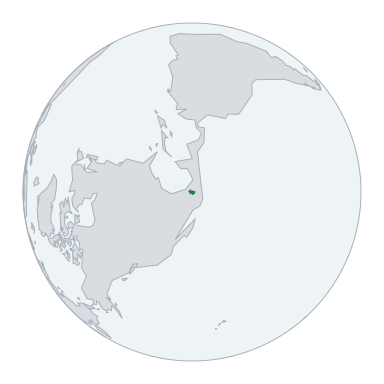 Querétaro on an orthographic globe, rotated 247°
{"feature_id": "MEX-2733", "entity_name": "Querétaro", "entity_type": "State", "adm_level": 1, "iso_a3": "MEX", "parent_name": "Mexico", "parent_adm1": "", "projection": "orthographic", "projection_center": [-99.752, 20.792], "detail": "fine", "context": "on_globe", "style": "filled", "palette": "green", "viewbox_px": 384, "rotation_deg": 247, "n_neighbors": 0, "source": "natural_earth", "source_scale": "10m", "svg_char_len": 9670}
<svg xmlns="http://www.w3.org/2000/svg" viewBox="0 0 384 384"><g transform="rotate(247 192 192)"><circle cx="192" cy="192" r="169" fill="#eef3f6" stroke="#a8b0b8"/><path d="M32.0,245.5L32.4,246.7L32.0,245.5ZM253.5,224.3L249.6,223.1L246.2,228.5L232.5,222.1L226.9,212.7L181.5,199.2L176.1,194.2L175.0,185.8L154.8,158.0L165.9,184.2L159.0,179.1L152.5,169.7L155.1,167.5L149.3,153.8L142.5,148.4L138.3,131.4L144.5,110.5L147.4,113.9L148.5,109.0L145.0,104.6L142.4,103.1L141.7,84.0L131.5,73.8L123.8,75.3L129.0,71.7L111.3,78.5L102.8,78.3L115.2,75.7L118.6,73.5L114.3,71.6L116.9,68.9L116.3,66.7L119.7,63.9L126.7,63.2L129.0,61.5L125.8,60.3L127.3,57.2L131.6,59.0L134.6,53.8L146.8,52.8L155.6,61.9L165.2,60.7L181.7,69.0L183.0,66.5L190.1,68.7L194.2,66.8L196.1,69.4L197.8,65.8L195.3,63.9L195.2,61.8L197.4,60.7L200.2,63.5L199.5,64.5L201.5,64.8L201.9,66.8L202.9,65.2L206.1,69.1L206.3,63.7L211.5,65.6L212.7,68.6L208.2,70.2L199.9,83.0L199.7,87.5L203.9,91.7L221.0,95.1L222.6,99.6L227.9,104.2L229.1,100.6L225.3,95.7L228.7,90.6L223.7,85.8L224.4,83.3L221.0,78.0L226.2,76.9L233.1,78.9L236.2,83.3L239.3,84.5L240.2,79.0L249.6,86.7L262.2,91.2L264.1,93.7L261.1,100.1L251.4,102.6L247.4,112.8L254.8,104.6L259.5,111.8L262.3,112.5L264.8,111.4L264.9,108.1L267.5,110.5L261.2,119.1L258.7,117.0L260.7,114.2L256.2,115.7L252.0,122.4L254.7,126.0L245.5,133.7L247.3,136.6L246.3,140.2L244.0,135.0L248.0,144.7L237.5,158.2L242.7,175.9L232.5,163.1L225.7,162.4L217.8,163.7L218.5,166.6L207.1,165.5L198.2,172.6L197.1,187.1L202.7,197.7L215.2,197.0L218.0,190.6L226.6,188.4L222.5,205.4L237.9,205.9L237.5,218.2L242.3,223.8L249.5,221.1L257.0,222.9L261.7,215.0L269.5,209.7L270.5,219.4L274.1,209.6L278.9,213.3L293.9,209.1L293.0,211.7L305.8,219.5L318.1,220.1L320.9,225.9L319.6,230.7L323.5,230.3L323.6,233.0L337.8,230.1L343.8,232.7L342.8,242.1L336.1,255.9L326.1,279.8L312.9,291.9L307.0,301.0L292.2,315.6L284.6,317.5L284.1,321.9L277.6,326.4L272.0,328.1L268.7,331.8L264.4,333.0L265.7,334.4L255.5,340.2L254.7,342.9L246.5,347.0L246.1,348.3L244.1,348.6L241.3,349.7L240.0,350.6L235.4,350.2L237.6,346.8L241.9,344.3L239.4,344.4L248.7,337.9L244.8,339.7L251.4,330.3L259.6,321.3L270.5,294.5L268.4,289.5L257.8,285.1L245.3,265.4L249.7,255.6L246.5,251.7L256.9,236.6L253.5,224.3ZM59.6,172.6L60.4,168.7L61.5,171.6L59.6,172.6ZM59.9,166.0L59.8,167.4L59.7,166.1L59.9,166.0ZM59.2,164.9L59.7,165.7L58.9,165.1L59.2,164.9ZM58.0,163.9L58.7,164.3L58.0,163.9ZM242.9,182.1L260.4,188.0L251.5,190.7L253.0,188.8L248.4,185.9L240.1,183.9L232.0,186.9L242.9,182.1ZM56.6,161.2L56.3,160.4L57.1,160.4L56.6,161.2ZM248.4,171.1L245.5,170.9L248.2,170.3L248.4,171.1ZM140.8,102.9L144.7,104.9L146.9,110.0L143.4,108.6L140.8,102.9ZM137.0,94.0L139.5,93.8L138.0,98.6L137.0,97.2L137.0,94.0ZM117.6,77.4L120.3,78.3L116.8,78.4L117.6,77.4ZM115.6,66.9L114.0,67.6L114.3,66.2L115.6,66.9ZM218.3,79.1L219.6,78.6L219.6,79.8L218.3,79.1ZM215.6,77.4L214.7,79.2L213.2,78.6L213.9,77.6L215.6,77.4ZM120.0,60.7L121.0,58.5L121.1,60.6L120.0,60.7ZM217.1,75.4L210.8,77.5L208.3,76.7L208.6,71.9L217.1,75.4ZM122.4,57.1L124.9,52.2L121.6,53.2L132.2,48.2L126.6,53.7L127.3,56.0L124.9,55.7L122.4,57.1ZM193.5,63.8L196.3,65.8L192.0,65.2L193.5,63.8ZM190.8,64.0L177.5,66.3L174.5,63.2L179.6,62.9L174.0,60.0L179.1,57.3L183.3,58.3L184.2,60.8L185.4,57.9L190.8,64.0ZM137.7,46.5L139.3,45.4L139.0,46.5L137.7,46.5ZM194.8,60.9L192.4,61.5L189.6,58.8L194.0,57.1L193.5,58.5L194.8,60.9ZM170.1,60.8L168.8,58.6L172.5,55.8L172.5,54.6L178.9,57.0L170.1,60.8ZM195.2,58.6L196.2,56.4L199.5,56.7L197.0,60.2L195.2,58.6ZM187.1,58.8L186.0,57.5L188.0,57.7L187.1,58.8ZM211.9,57.3L209.1,57.8L207.4,56.3L211.9,57.3ZM196.4,55.6L195.2,55.5L194.2,55.1L195.6,53.8L196.4,55.6ZM181.1,55.0L183.0,54.3L178.7,53.8L181.3,51.9L185.1,53.9L184.6,52.3L185.4,51.7L187.6,54.0L181.1,55.0ZM194.0,51.3L199.7,53.7L205.3,53.0L207.0,54.1L197.6,55.1L194.0,51.3ZM190.0,52.7L192.8,52.0L193.5,53.7L192.0,55.1L190.0,52.7ZM181.8,50.0L176.7,52.4L176.1,51.9L181.8,50.0ZM195.5,50.7L194.1,50.2L195.8,50.5L195.5,50.7ZM185.8,49.8L184.2,50.6L183.4,50.0L185.8,49.8ZM192.6,48.6L194.5,49.3L193.5,50.2L192.6,48.6ZM189.4,48.9L188.9,47.9L192.1,50.1L188.8,49.3L189.4,48.9ZM185.4,49.1L184.5,49.0L186.3,48.8L185.4,49.1ZM195.3,44.9L199.5,47.5L197.4,49.5L193.5,46.6L195.3,44.9ZM242.0,351.2L235.3,350.7L239.5,350.8L245.0,348.7L247.6,349.4L242.0,351.2ZM257.0,345.2L261.9,343.3L262.3,343.4L259.1,344.8L257.0,345.2ZM300.6,62.6L300.8,62.7L307.4,68.6L306.5,67.8L312.3,74.4L326.3,91.3L328.4,95.6L327.2,96.5L315.5,83.9L312.2,76.0L308.0,72.1L303.1,69.8L302.5,67.8L300.1,66.1L298.3,63.4L290.3,56.7L287.6,54.0L279.1,49.1L276.6,47.3L282.3,50.6L284.9,51.7L277.6,46.4L274.7,44.7L269.7,42.1L268.4,41.3L264.5,39.6L257.7,36.4L262.8,39.1L257.1,37.0L250.1,34.2L249.2,34.2L260.6,38.9L264.3,40.4L266.0,40.8L277.0,46.4L280.6,48.9L272.6,45.5L276.9,48.9L268.8,45.4L243.0,33.7L235.0,30.6L232.9,28.3L237.9,29.5L241.1,30.8L243.0,31.0L240.5,30.3L239.4,29.8L233.7,28.3L232.6,28.0L229.0,27.4L227.0,26.9L229.3,27.2L219.2,25.3L213.7,24.4L211.9,24.2L211.6,24.3L206.8,23.7L219.6,25.3L232.2,27.9L244.6,31.4L256.7,35.9L268.4,41.3L279.7,47.6L290.5,54.7L300.6,62.6ZM204.3,23.5L205.7,23.6L204.9,23.7L200.8,23.7L198.7,23.4L199.9,23.4L199.3,23.2L204.3,23.5ZM198.1,23.2L198.7,23.3L196.9,23.5L195.7,23.2L196.0,23.3L194.4,23.3L190.8,23.2L191.8,23.5L177.3,26.0L169.0,26.7L169.6,25.7L157.2,28.9L148.8,30.4L150.5,30.4L145.7,32.6L148.3,32.1L148.8,32.3L137.7,38.9L133.4,40.7L130.6,44.6L131.5,44.7L134.5,43.6L132.2,48.2L121.6,53.2L120.1,52.5L114.4,56.5L111.9,54.7L107.2,55.4L107.8,51.9L104.0,53.2L102.2,54.7L95.7,58.0L88.6,60.4L102.3,51.7L114.5,49.0L110.2,49.3L113.5,47.4L113.5,46.6L110.2,47.2L108.4,48.3L115.3,42.0L112.8,42.8L124.2,37.3L135.9,32.6L148.0,28.9L160.4,26.0L172.9,24.1L185.5,23.2L198.1,23.2ZM108.6,45.0L106.7,46.2L101.4,49.4L101.0,49.7L108.6,45.0ZM360.4,178.1L359.7,175.2L353.9,159.8L351.6,149.3L347.5,140.1L328.8,96.4L328.9,94.6L321.4,83.3L329.4,93.6L336.5,104.5L342.8,115.8L348.2,127.7L352.7,139.9L356.3,152.4L358.8,165.2L360.4,178.1ZM340.0,114.8L341.6,117.6L340.0,114.8ZM294.4,208.9L296.3,210.3L294.0,211.0L294.4,208.9ZM250.8,194.9L254.3,194.6L256.3,195.8L253.7,196.7L250.8,194.9ZM278.4,189.7L282.1,189.7L278.5,191.4L278.4,189.7ZM263.0,188.6L275.5,190.1L268.5,194.6L260.5,193.8L265.7,191.9L263.0,188.6ZM247.9,177.1L250.2,177.5L249.9,179.4L247.9,177.1ZM250.4,170.8L249.6,171.1L248.3,169.7L250.4,170.8ZM259.9,111.3L260.4,110.7L263.3,110.2L262.5,111.8L259.9,111.3ZM272.5,101.3L276.4,105.4L273.0,103.3L272.7,106.0L265.3,105.5L264.7,95.0L266.3,99.7L272.5,101.3ZM255.2,102.5L260.0,103.6L254.8,102.8L255.2,102.5ZM288.5,61.1L289.7,60.8L293.1,63.3L296.4,68.0L291.6,64.4L288.5,61.1ZM290.6,60.1L281.8,56.1L279.3,53.5L282.2,55.5L281.5,54.2L285.9,57.2L292.3,59.1L295.7,61.5L300.0,68.1L296.7,64.4L295.7,64.7L290.6,60.1ZM263.4,54.9L259.5,54.4L259.3,49.2L262.9,50.4L266.5,54.8L264.3,56.0L263.4,54.9ZM218.9,67.1L217.4,68.0L216.7,67.1L217.3,65.5L218.9,67.1ZM210.7,57.6L224.5,62.3L223.5,63.5L232.8,65.3L233.8,69.4L227.8,67.9L235.5,72.8L230.5,73.1L236.0,76.1L222.4,72.5L218.2,73.4L222.5,70.7L221.7,66.9L220.1,65.5L212.4,62.4L202.9,62.9L200.6,59.6L201.4,57.2L203.3,56.5L204.2,58.8L206.2,56.4L208.9,59.2L210.7,57.6ZM213.0,36.8L213.2,38.6L217.6,36.3L220.4,38.2L220.7,37.8L224.5,39.1L229.6,40.1L230.2,41.2L232.0,41.2L234.5,42.2L237.1,42.7L239.1,44.8L242.5,45.6L241.5,46.2L246.7,47.1L243.8,47.5L246.8,49.2L248.0,47.9L252.7,60.8L257.0,66.7L262.1,71.6L256.4,72.2L247.9,68.3L238.9,62.6L235.7,57.2L233.7,58.7L231.5,56.6L234.0,56.3L228.9,55.7L227.8,54.0L219.8,50.4L213.1,51.0L210.0,50.0L212.1,48.9L207.6,48.6L209.4,45.9L207.3,45.1L206.9,42.0L212.1,40.7L209.3,40.0L208.9,37.9L213.0,36.8ZM195.4,44.0L201.0,41.4L205.3,41.4L204.2,47.0L205.9,48.1L205.3,52.1L199.0,52.2L199.8,51.0L199.1,49.9L201.3,50.3L199.0,49.1L199.9,47.5L198.3,46.2L200.6,45.7L195.4,44.0ZM316.1,77.4L313.4,74.5L312.2,73.3L313.0,74.1L316.1,77.4ZM308.7,69.9L311.9,72.9L310.7,71.8L308.7,69.9ZM280.9,49.5L279.3,48.3L280.2,48.7L282.4,50.1L280.9,49.5ZM226.4,32.0L225.8,32.6L224.7,32.4L220.5,32.9L218.1,31.8L219.7,31.0L226.4,32.0ZM223.1,30.9L221.6,31.1L221.3,30.4L223.1,30.9ZM216.1,31.0L215.3,30.2L217.3,31.7L216.1,31.0ZM200.4,24.6L208.9,24.9L213.5,25.0L213.5,24.6L217.1,25.5L210.1,25.3L200.4,24.6ZM180.4,25.7L180.4,26.5L178.0,26.5L177.6,26.3L180.4,25.7ZM182.1,25.9L186.6,26.4L185.0,27.1L181.8,26.5L182.1,25.9ZM205.1,27.6L207.8,27.7L208.0,28.2L205.1,27.6ZM32.7,248.3L32.1,246.6L33.1,249.4L32.7,248.3L32.7,248.3ZM32.4,246.7L31.8,245.6L32.0,245.5L32.4,246.7ZM99.5,50.6L103.3,48.2L104.8,47.4L92.0,55.8L92.5,55.5L99.5,50.6ZM137.9,45.4L139.2,45.4L137.3,46.1L137.9,45.4ZM150.3,32.0L150.6,32.4L148.4,33.0L150.3,32.0ZM150.3,34.1L152.5,33.0L151.0,34.2L150.3,34.1ZM157.5,30.9L153.9,32.7L156.1,30.9L157.5,30.9Z" fill="#d9dde1" stroke="#a8b0b8" stroke-width="1"/><path d="M193.9,190.6L193.9,190.8L194.0,190.9L193.9,190.9L193.7,190.9L193.5,191.0L193.4,191.0L193.2,190.9L193.2,191.0L193.1,191.3L193.0,191.5L192.9,191.7L192.8,191.8L192.7,191.9L192.7,192.0L192.6,192.3L192.6,192.5L192.4,192.5L192.2,192.7L191.9,192.8L191.8,193.0L191.8,193.3L191.7,193.4L191.7,193.5L191.6,193.8L191.4,193.8L191.3,194.0L191.2,194.1L191.1,194.3L191.0,194.5L190.9,194.5L190.8,194.4L190.8,194.2L190.8,193.9L190.7,193.8L190.5,193.7L190.4,193.7L190.2,193.5L190.2,193.4L190.1,193.2L190.0,192.9L190.0,192.7L189.9,192.7L189.8,192.4L189.7,192.3L189.8,192.1L189.9,191.9L189.9,191.7L190.0,191.6L190.3,191.7L190.5,191.7L190.8,191.7L191.0,191.7L191.1,191.4L191.1,191.2L191.2,190.9L191.3,190.8L191.5,190.8L191.8,190.9L192.0,190.8L192.0,190.7L191.9,190.6L191.9,190.4L191.9,190.2L192.0,190.0L192.0,189.9L192.2,190.0L192.3,190.0L192.5,190.2L192.8,190.2L193.0,190.1L193.1,189.9L193.3,189.8L193.4,189.7L193.5,189.6L193.6,189.8L193.7,190.0L193.8,190.2L193.8,190.3L193.8,190.5L193.9,190.6Z" fill="#22c55e" stroke="#15803d" stroke-width="1.5"/></g></svg>